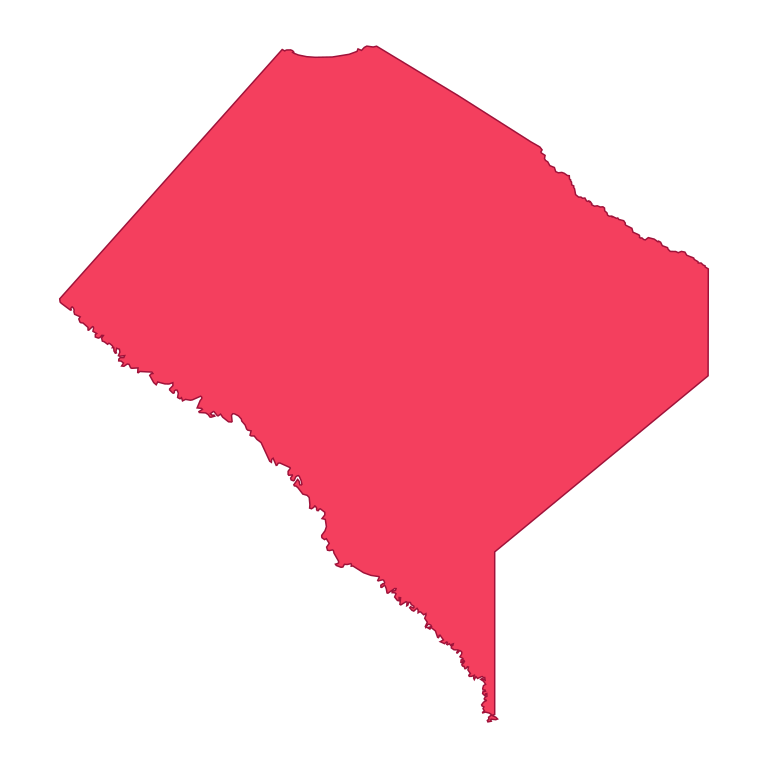 outline of Patiño, Formosa, Argentina
{"feature_id": "61730980B73790224663832", "entity_name": "Patiño", "entity_type": "district", "adm_level": 2, "iso_a3": "ARG", "parent_name": "Argentina", "parent_adm1": "Formosa", "projection": "albers", "projection_center": [-59.34, -25.077], "detail": "fine", "context": "isolated", "style": "filled", "palette": "rose", "viewbox_px": 768, "rotation_deg": 0, "n_neighbors": 0, "source": "geoboundaries", "source_scale": "gbopen_adm2", "svg_char_len": 6082}
<svg xmlns="http://www.w3.org/2000/svg" viewBox="0 0 768 768"><path d="M494.7,551.9L708.1,375.8L708.3,268.9L705.2,267.0L705.0,265.7L703.4,265.2L701.1,263.0L698.2,263.0L698.0,261.7L694.3,259.5L693.7,258.0L686.8,255.3L684.9,252.1L681.4,251.4L678.2,252.7L675.7,251.5L670.3,251.4L668.2,249.4L667.5,247.6L662.3,245.7L660.6,242.2L658.6,241.1L658.0,241.8L654.2,239.1L648.3,237.6L645.3,239.9L643.7,239.5L641.9,237.9L640.3,238.0L639.5,237.4L639.7,236.1L639.0,234.9L633.0,232.2L631.9,228.3L625.9,225.3L625.2,224.3L625.3,223.1L623.7,220.7L618.7,219.4L617.8,218.0L616.3,218.3L612.5,216.4L612.1,216.9L611.5,216.1L609.3,216.2L607.6,215.2L607.0,212.9L604.7,210.8L604.5,208.0L602.9,206.8L600.3,207.0L597.3,205.8L594.5,206.2L591.6,204.7L591.9,203.9L590.3,201.6L589.5,201.9L588.9,200.8L587.7,201.4L586.5,200.9L584.9,198.0L582.6,198.3L581.0,197.1L578.6,197.1L575.6,194.6L574.5,188.6L573.6,187.4L573.8,186.0L571.7,184.8L571.5,182.0L570.5,180.8L570.7,180.0L569.5,179.0L569.3,175.7L567.4,175.5L564.3,173.3L561.8,172.4L558.3,172.8L555.7,171.6L554.4,167.5L549.8,165.6L547.8,161.9L545.5,160.4L544.5,158.6L545.1,155.4L541.3,152.9L540.9,151.9L542.1,149.9L539.9,147.0L530.8,141.8L458.6,95.9L376.6,46.2L373.2,47.0L366.8,46.1L364.3,47.4L361.5,50.4L358.0,48.9L357.0,51.4L349.1,54.3L332.3,57.0L315.2,57.3L306.8,56.7L298.4,55.0L294.3,53.4L292.8,52.5L293.7,52.0L292.6,50.7L290.7,49.9L286.4,50.0L284.7,50.9L282.2,49.5L59.7,298.8L60.1,302.0L61.4,303.4L70.4,310.1L71.3,309.9L70.8,308.5L71.7,307.1L72.3,306.9L73.1,307.7L74.2,309.8L73.9,311.7L74.6,314.3L80.2,316.8L78.8,319.0L79.9,322.0L80.8,322.7L83.0,323.0L88.0,327.4L88.0,330.0L88.7,330.2L92.5,326.6L93.3,326.9L93.6,328.0L92.9,331.3L96.7,333.5L95.3,334.6L95.3,337.0L98.3,338.1L99.8,337.6L101.8,335.3L103.4,335.5L101.6,338.0L102.3,341.1L104.3,341.8L107.6,344.3L108.8,343.3L109.7,343.5L112.2,345.6L112.8,346.5L112.3,347.7L113.7,347.6L114.0,351.1L115.3,353.2L116.4,352.9L116.0,351.4L116.7,348.3L119.4,349.2L119.9,352.1L118.4,355.7L119.6,356.2L124.7,355.6L123.8,357.6L120.1,357.7L118.8,359.1L118.7,360.9L121.1,361.1L123.5,363.0L121.6,366.0L123.9,366.3L127.3,364.0L129.1,364.4L130.6,367.8L131.8,368.3L138.0,367.9L137.7,372.5L138.3,372.7L139.9,371.5L151.9,372.1L152.9,373.5L151.1,373.8L149.7,375.4L153.7,382.6L156.2,384.8L157.7,382.0L164.9,383.9L169.0,384.0L172.8,382.7L172.9,385.6L169.6,389.0L169.6,389.9L172.7,393.0L173.6,393.2L174.3,392.7L174.4,390.8L175.8,390.0L177.1,390.2L178.3,393.1L177.6,397.5L180.0,398.8L181.5,397.7L182.5,400.9L185.5,399.4L190.3,400.2L192.3,399.9L200.7,396.2L201.8,397.2L201.7,398.7L200.2,400.5L197.1,407.9L201.6,408.4L202.4,409.4L198.9,411.6L199.3,412.5L205.6,412.9L208.1,414.5L210.0,417.1L211.2,417.2L214.8,416.1L214.1,415.1L212.1,415.2L210.4,413.7L213.3,411.5L214.1,411.7L217.3,415.7L218.1,415.9L220.6,414.1L222.7,417.2L228.5,421.8L231.6,422.0L232.1,421.5L231.5,415.3L232.7,413.7L234.4,413.8L238.5,415.9L241.3,419.0L241.7,421.0L245.1,425.0L246.6,429.0L247.7,430.1L251.1,430.9L250.0,435.2L251.1,435.9L254.2,436.0L256.9,439.4L261.1,442.6L269.7,461.2L271.4,462.3L271.7,459.4L273.1,458.2L276.2,465.4L277.0,465.2L278.2,463.2L279.9,463.0L290.1,467.6L290.3,468.3L288.1,471.3L288.1,474.4L288.8,475.3L292.2,474.9L292.4,475.6L290.6,478.1L291.1,479.9L293.4,480.8L294.2,480.4L295.8,476.8L297.5,475.7L298.5,475.6L299.4,476.6L301.2,480.8L301.9,484.4L301.2,485.0L299.8,484.8L299.1,481.2L297.6,479.4L293.8,484.8L294.4,485.9L296.0,486.1L297.8,487.6L302.8,494.1L307.1,495.3L309.2,497.5L309.9,504.7L309.6,508.1L311.5,508.8L313.9,507.2L314.6,506.0L315.4,506.2L316.7,508.2L316.6,509.7L317.2,510.6L318.5,510.6L318.9,509.4L320.3,508.8L324.8,512.3L324.8,514.9L322.0,518.6L325.3,519.4L326.4,526.7L325.0,530.8L321.7,535.3L321.7,536.9L322.0,537.8L324.5,539.6L326.3,538.7L329.2,543.4L326.6,547.1L327.5,550.2L329.6,550.6L332.4,549.9L333.4,550.5L334.0,553.2L338.5,561.1L338.6,562.7L337.7,563.5L335.4,564.2L336.3,565.5L341.0,567.3L342.9,567.0L344.4,564.3L347.2,564.5L350.9,563.6L351.4,564.2L351.2,566.2L352.9,566.0L363.5,572.7L371.0,575.4L379.0,576.6L379.3,577.2L377.7,580.4L378.2,580.9L382.6,579.8L383.7,580.3L384.6,582.5L384.2,583.7L382.8,583.7L380.8,585.2L380.9,587.2L381.8,587.4L384.4,585.4L385.2,586.0L386.3,588.8L387.0,592.9L387.9,593.2L394.7,588.5L396.1,588.6L395.5,590.4L392.2,591.5L392.1,592.7L394.8,592.8L396.0,593.8L394.6,597.0L397.4,600.5L399.1,600.8L399.1,597.5L400.6,597.7L399.9,604.4L400.8,604.9L406.0,601.7L407.1,602.2L406.7,605.8L407.7,605.3L408.9,602.3L410.4,602.5L411.3,604.7L413.8,606.1L414.0,607.3L413.3,608.0L410.6,606.7L409.7,607.8L411.9,610.3L413.8,611.1L417.0,608.3L418.1,609.9L418.1,612.8L419.7,611.8L420.7,612.0L423.7,614.8L425.9,613.6L426.0,615.0L424.7,618.3L427.3,622.2L425.3,626.5L425.8,627.5L428.0,624.4L428.9,624.2L430.9,625.2L431.5,626.5L427.5,627.7L429.9,629.1L430.6,627.8L431.4,627.8L435.4,630.9L437.6,637.3L438.3,637.7L439.1,636.8L439.1,635.4L440.1,635.2L443.4,639.9L440.2,641.7L444.6,643.7L446.3,642.0L447.4,642.3L446.7,644.3L447.5,644.8L449.4,643.8L451.0,645.8L451.8,644.3L453.3,643.8L452.9,645.3L451.5,646.0L451.3,647.9L454.0,649.8L458.0,649.9L458.2,650.6L456.7,652.4L456.9,653.0L457.5,653.0L459.8,650.5L461.2,651.4L461.8,652.2L461.7,654.0L459.9,656.8L462.9,658.5L462.6,659.4L461.1,659.9L460.9,662.4L461.9,662.9L463.5,660.2L464.0,660.5L464.5,661.3L463.7,662.8L461.8,664.8L462.6,666.1L464.0,666.3L464.9,668.7L465.8,668.6L467.5,666.7L468.5,667.0L467.9,669.9L470.4,673.6L469.2,674.6L468.8,675.7L469.4,676.4L471.8,676.3L474.2,675.3L473.6,678.1L474.3,679.6L475.9,676.6L477.6,678.5L481.6,676.6L482.5,676.6L483.3,677.7L484.7,677.5L485.1,680.1L481.9,678.6L480.7,679.4L483.6,681.3L485.6,684.3L483.5,685.6L482.7,688.5L483.0,690.0L485.0,690.0L485.5,691.2L482.9,691.8L482.6,693.6L485.1,696.0L485.6,693.8L486.8,693.5L486.9,696.3L485.4,697.0L484.2,698.7L484.5,699.7L485.9,699.9L486.3,700.6L483.5,702.2L481.6,704.8L482.0,705.9L483.9,706.9L483.0,708.7L484.4,710.8L482.6,712.3L482.8,712.9L485.4,712.1L489.4,713.1L491.1,714.3L490.7,715.7L488.6,717.2L488.8,719.2L487.3,720.5L487.9,721.9L491.3,721.2L490.7,719.9L491.2,719.2L495.8,719.7L497.6,719.0L495.8,717.2L491.7,715.3L494.7,714.5L494.7,551.9Z" fill="#f43f5e" stroke="#9f1239" stroke-width="1.5"/></svg>